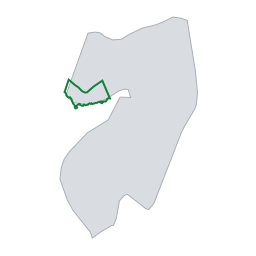 location of Djibouti, Arta, Djibouti, rotated 174°
{"feature_id": "41766387B83981523687012", "entity_name": "Djibouti", "entity_type": "district", "adm_level": 2, "iso_a3": "DJI", "parent_name": "Djibouti", "parent_adm1": "Arta", "projection": "equal_earth", "projection_center": [43.007, 11.493], "detail": "fine", "context": "in_parent", "style": "outline", "palette": "green", "viewbox_px": 256, "rotation_deg": 174, "n_neighbors": 0, "source": "geoboundaries", "source_scale": "gbopen_adm2", "svg_char_len": 1948}
<svg xmlns="http://www.w3.org/2000/svg" viewBox="0 0 256 256"><g transform="rotate(174 128 128)"><path d="M186.5,166.7L178.9,182.8L169.0,203.3L157.8,226.6L150.8,226.8L145.4,225.4L141.7,221.5L134.0,217.2L125.4,216.9L117.2,220.9L103.2,225.9L90.6,227.5L80.4,230.3L72.0,233.6L64.4,231.8L57.9,228.9L56.5,204.1L55.0,177.1L55.2,156.1L57.5,144.5L59.5,140.0L71.5,124.0L75.6,117.5L89.2,91.0L100.9,68.3L109.6,51.3L112.3,48.0L115.9,44.8L118.5,45.7L135.4,62.0L138.4,61.6L144.1,56.5L149.2,39.0L152.8,32.6L154.3,32.8L165.2,27.9L175.0,22.4L176.3,28.2L191.2,51.6L196.0,63.2L201.0,84.3L198.4,96.1L194.6,103.8L188.8,110.6L169.0,127.4L146.9,138.1L132.7,159.5L122.2,158.1L123.8,166.2L127.7,167.1L133.9,165.6L146.0,159.3L156.8,156.4L168.5,156.2L179.1,158.8L186.5,166.7Z" fill="#d9dde1" stroke="#a8b0b8" stroke-width="1"/><path d="M142.9,159.3L148.6,177.8L157.6,173.0L164.9,167.8L166.9,167.7L169.8,169.4L173.1,173.6L176.1,176.1L181.9,182.3L187.3,170.4L186.8,170.0L186.1,168.6L185.7,166.7L185.4,166.1L183.8,164.6L182.5,164.6L182.3,164.4L181.2,162.5L181.1,161.9L180.1,158.1L179.1,156.9L178.6,155.6L178.6,155.0L178.8,154.3L178.7,153.7L178.4,153.3L177.7,152.9L176.9,153.2L176.8,153.3L176.5,153.6L176.6,153.9L177.7,154.0L177.9,154.2L178.0,154.6L177.9,154.7L177.7,155.0L176.6,155.8L175.2,156.4L174.0,157.1L173.5,157.0L173.1,155.9L172.4,155.4L171.1,154.9L170.4,154.8L169.9,155.7L169.6,155.9L169.1,155.8L168.4,155.2L167.6,155.0L165.9,155.3L165.3,155.4L164.7,155.9L163.9,156.5L162.6,155.9L161.9,156.4L161.5,155.8L161.0,155.6L159.0,155.9L158.4,156.0L157.6,156.3L156.8,156.2L156.2,156.3L154.7,156.9L153.8,156.8L153.3,157.1L153.0,156.9L152.9,156.4L152.7,156.3L152.3,156.7L152.2,156.3L151.9,156.1L151.7,155.6L151.3,155.5L151.3,155.8L151.5,156.5L151.2,156.8L150.5,156.8L150.2,156.3L149.9,156.3L149.5,156.8L149.2,157.0L148.8,156.8L148.1,156.9L147.8,156.7L147.3,156.7L146.4,157.6L146.0,158.5L145.7,158.9L144.5,159.5L142.9,159.3Z" fill="none" stroke="#15803d" stroke-width="2"/></g></svg>